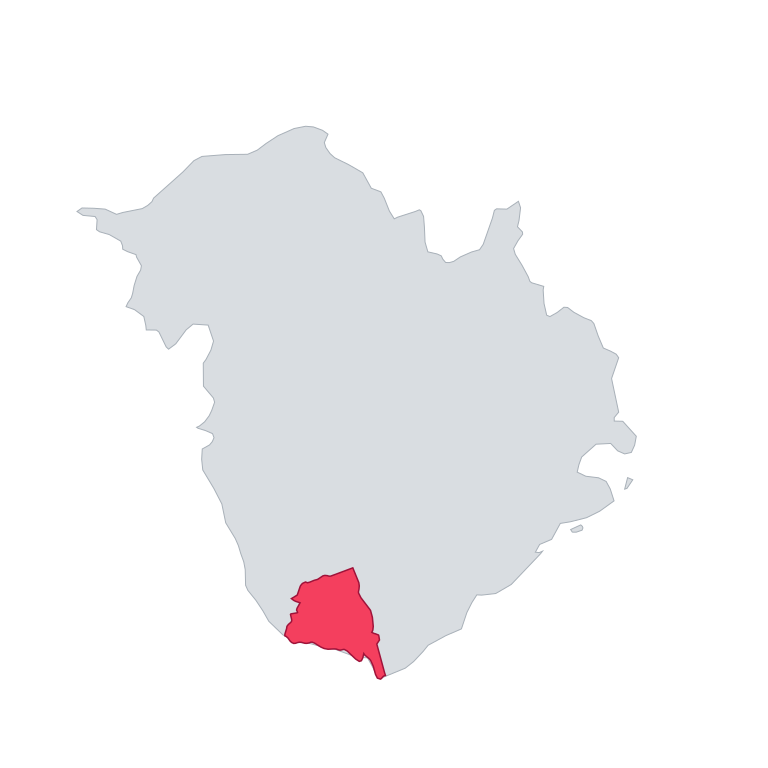 location of Bântéay Méanchey within Cambodia, rotated 250°
{"feature_id": "KHM-1777", "entity_name": "Bântéay Méanchey", "entity_type": "Province", "adm_level": 1, "iso_a3": "KHM", "parent_name": "Cambodia", "parent_adm1": "", "projection": "mercator", "projection_center": [102.955, 13.824], "detail": "fine", "context": "in_parent", "style": "filled", "palette": "rose", "viewbox_px": 768, "rotation_deg": 250, "n_neighbors": 0, "source": "natural_earth", "source_scale": "10m", "svg_char_len": 4195}
<svg xmlns="http://www.w3.org/2000/svg" viewBox="0 0 768 768"><g transform="rotate(250 384 384)"><path d="M651.1,154.5L652.7,160.4L648.3,171.6L643.7,181.8L634.9,190.7L634.5,197.3L631.5,216.8L632.6,223.0L634.7,228.3L637.5,231.1L645.1,250.2L652.0,267.5L658.9,281.8L660.1,290.8L653.8,313.5L646.5,334.4L647.1,344.9L650.3,355.3L653.6,369.2L654.8,386.9L653.0,398.5L649.7,405.6L643.4,413.0L637.9,416.8L631.3,410.5L626.1,410.2L619.0,412.1L613.5,415.0L602.2,425.8L589.7,436.3L572.3,439.0L565.6,446.8L558.4,447.8L544.7,448.2L535.7,450.1L536.1,454.0L535.4,472.4L535.6,476.8L534.2,477.9L528.0,478.5L517.5,475.6L503.3,471.1L493.2,470.4L488.0,478.4L484.9,481.6L481.1,482.0L477.1,483.5L475.7,487.0L475.4,491.5L477.3,499.2L478.1,511.4L477.5,519.7L481.3,525.0L502.9,542.7L509.4,547.1L510.1,549.7L506.3,559.3L509.7,572.8L502.9,572.6L491.5,566.8L486.1,563.2L479.5,566.1L477.3,565.5L472.8,558.9L467.0,552.1L461.0,551.7L448.4,554.3L435.5,556.2L430.6,556.2L428.6,557.4L421.1,567.5L417.9,565.7L404.9,561.9L393.0,560.4L390.6,563.0L392.0,571.3L394.6,579.3L393.1,582.7L386.5,586.9L377.9,594.5L372.6,600.5L369.0,601.9L355.9,601.7L342.8,602.4L337.5,608.0L332.6,612.4L328.4,613.5L311.3,599.7L277.3,594.9L273.7,588.8L270.4,587.7L267.3,595.6L248.6,603.2L240.8,598.6L235.1,593.0L236.0,586.2L241.3,580.7L250.6,576.7L254.9,562.7L247.8,544.8L241.6,539.6L235.1,535.4L228.3,542.1L222.5,553.5L216.5,559.4L208.0,560.7L195.5,560.2L190.7,543.2L189.1,528.6L190.8,511.9L192.7,502.0L180.7,488.4L180.0,475.4L174.2,468.7L172.5,472.1L172.7,475.8L171.0,473.1L152.1,435.0L148.9,417.3L152.2,403.6L154.1,399.1L148.6,391.9L140.9,383.7L127.4,373.0L126.4,356.1L123.4,336.1L119.3,329.3L113.1,317.0L109.7,306.8L108.6,279.8L110.3,277.6L119.9,276.8L132.3,274.9L134.2,270.5L132.1,266.9L140.0,260.8L151.3,247.4L160.0,233.4L166.3,224.5L170.1,215.7L182.8,203.2L200.4,194.6L212.3,192.6L224.7,189.6L236.6,185.5L242.2,185.1L257.0,190.1L264.9,191.4L273.3,191.4L282.0,191.9L289.6,191.4L307.7,187.8L326.8,190.6L344.0,188.4L365.2,184.3L375.6,186.9L385.1,191.0L386.4,199.2L388.6,203.0L391.7,205.9L396.0,205.9L401.4,200.2L405.9,194.2L407.4,193.1L407.6,196.1L409.8,202.5L413.9,208.8L418.0,213.0L424.8,218.6L429.2,218.9L443.7,213.6L465.4,221.3L467.9,225.1L475.0,232.9L482.6,238.5L499.5,238.9L505.6,225.1L502.6,216.7L493.0,202.1L490.4,193.5L493.4,192.0L509.8,190.3L512.5,188.6L516.1,179.1L520.5,180.2L529.6,181.4L539.2,175.0L544.9,168.1L548.0,171.2L551.4,176.0L555.1,178.8L562.0,182.9L569.6,188.7L574.3,194.3L578.1,196.5L587.8,194.9L590.4,195.2L596.1,188.3L600.0,184.6L603.4,185.6L608.3,185.5L618.5,176.8L624.3,168.8L627.4,166.6L636.5,170.6L640.2,169.8L645.4,158.8L651.1,154.5ZM184.3,520.7L182.4,521.7L180.7,521.7L178.9,520.1L179.0,514.0L180.4,510.3L183.4,509.6L184.3,520.7ZM212.7,580.9L208.9,585.0L202.8,576.6L202.9,574.2L212.7,580.9Z" fill="#d9dde1" stroke="#a8b0b8" stroke-width="1"/><path d="M122.4,277.4L128.8,276.9L130.8,276.2L135.7,273.3L137.6,272.8L133.9,270.4L131.7,268.1L131.8,265.9L135.2,263.3L145.7,258.1L148.1,256.0L148.5,255.0L148.7,252.8L148.9,251.7L149.4,250.8L151.3,248.4L152.1,246.6L153.9,240.7L155.9,237.3L158.4,234.7L164.4,230.0L166.0,228.2L166.4,226.8L166.3,225.2L166.7,222.7L167.4,221.0L169.6,217.9L170.3,216.2L170.6,214.1L170.6,212.7L170.6,212.2L171.1,210.4L172.7,208.8L174.4,207.9L178.3,206.8L180.1,205.8L181.3,204.7L182.8,205.3L187.6,208.9L188.8,209.5L189.4,209.9L189.9,210.5L190.8,212.0L191.7,214.4L192.3,215.6L192.7,216.0L193.3,216.4L194.4,216.7L199.4,217.3L199.7,217.6L199.8,218.1L199.7,218.6L198.7,224.0L198.8,224.6L199.4,224.7L199.9,224.7L200.4,224.6L201.3,224.5L201.6,224.6L203.0,225.6L207.1,230.3L210.0,226.6L211.5,225.2L214.0,223.6L215.3,230.0L215.4,230.3L216.1,230.9L222.3,235.9L223.1,236.7L224.5,239.1L224.8,242.5L223.4,244.1L223.2,246.5L223.4,251.2L223.1,254.7L224.6,261.0L224.4,262.9L223.3,265.2L222.2,266.6L221.7,268.2L221.9,291.8L205.9,292.4L202.7,291.7L199.9,290.4L197.6,289.0L196.4,288.6L191.1,289.2L177.3,293.5L175.8,293.9L168.8,293.3L159.9,291.0L156.5,289.3L154.8,287.6L153.1,289.2L152.2,290.5L150.0,293.0L149.1,293.0L145.0,292.2L142.1,288.3L112.5,285.8L109.6,285.7L109.7,284.5L109.6,283.6L109.2,282.7L108.1,280.8L107.9,279.7L109.9,277.2L114.0,276.7L122.4,277.4Z" fill="#f43f5e" stroke="#9f1239" stroke-width="1.5"/></g></svg>